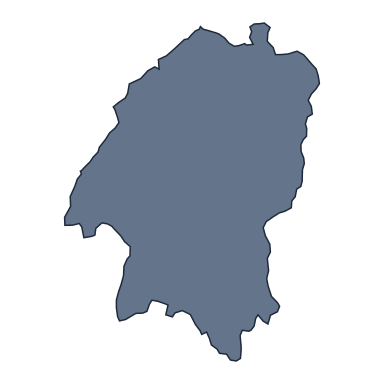 outline of Pachna, Limassol, Cyprus
{"feature_id": "46923920B95512444648748", "entity_name": "Pachna", "entity_type": "district", "adm_level": 2, "iso_a3": "CYP", "parent_name": "Cyprus", "parent_adm1": "Limassol", "projection": "equal_earth", "projection_center": [32.786, 34.766], "detail": "fine", "context": "isolated", "style": "filled", "palette": "slate", "viewbox_px": 384, "rotation_deg": 0, "n_neighbors": 0, "source": "geoboundaries", "source_scale": "gbopen_adm2", "svg_char_len": 2158}
<svg xmlns="http://www.w3.org/2000/svg" viewBox="0 0 384 384"><path d="M80.4,171.1L81.4,174.1L77.3,179.1L74.8,186.5L70.2,196.6L70.6,206.4L64.6,217.3L64.9,225.3L72.4,225.2L79.3,223.5L81.8,227.0L82.9,232.7L83.9,237.7L91.6,236.4L94.9,235.1L95.8,228.4L101.9,222.9L107.5,223.9L111.7,226.1L114.8,229.6L120.8,235.9L124.6,241.7L130.2,246.6L130.0,255.8L127.2,258.9L124.0,266.1L123.5,275.8L121.1,284.5L118.7,291.4L116.4,299.9L116.4,307.7L117.6,316.6L119.5,320.9L125.6,319.5L135.8,313.4L142.7,313.1L146.9,311.4L149.4,304.3L151.9,300.2L157.9,301.3L165.4,303.9L168.0,305.1L165.8,314.8L172.4,316.9L175.0,312.9L182.3,310.6L190.3,314.5L195.5,324.6L200.1,330.7L201.7,334.4L206.6,332.1L209.5,338.6L211.4,345.0L217.1,349.1L219.5,353.3L226.6,354.2L230.4,360.0L236.2,361.0L240.4,358.5L241.1,351.0L241.1,346.2L240.1,335.6L242.3,330.3L248.8,331.2L250.9,330.3L254.1,326.1L255.7,318.4L258.0,314.9L263.2,321.2L267.5,323.7L267.9,324.0L270.5,315.2L277.4,311.8L279.6,306.3L277.4,302.5L271.5,296.5L268.6,287.6L268.0,285.6L266.7,278.4L268.6,270.7L267.3,258.4L270.4,252.0L269.8,244.2L265.3,235.6L263.2,227.6L266.2,221.6L273.0,216.9L279.3,212.9L285.0,211.2L291.3,207.8L291.8,200.9L295.2,196.8L296.7,189.1L300.8,186.5L302.2,181.1L302.3,175.1L302.5,169.5L304.3,163.6L303.7,158.0L301.1,151.5L300.9,144.6L303.3,139.6L306.5,136.2L306.7,128.4L305.4,123.9L307.5,116.9L312.3,114.1L311.3,106.3L308.2,100.3L311.4,94.0L316.1,88.8L319.4,83.6L319.1,81.4L318.2,75.8L316.1,68.9L311.6,64.0L308.2,60.0L303.6,54.8L297.1,51.2L287.9,54.0L280.7,54.6L275.5,54.6L273.2,47.6L267.3,41.4L267.8,32.7L270.1,27.5L266.4,24.7L264.3,23.0L259.8,23.7L254.2,24.0L249.9,26.9L251.7,31.8L249.6,37.3L253.1,44.3L246.7,45.1L244.7,43.6L238.7,45.7L234.3,46.3L228.9,43.1L224.8,38.2L219.1,34.1L216.4,33.0L208.7,30.7L203.2,29.2L200.4,26.6L199.3,29.2L195.4,30.9L191.5,34.8L188.1,38.8L184.3,39.6L174.4,48.9L166.3,55.9L158.4,59.5L159.1,69.1L154.7,66.9L147.9,70.7L140.7,78.6L129.3,83.9L127.7,93.2L125.3,98.0L118.8,102.4L113.3,106.9L115.0,109.9L117.6,117.6L118.9,122.6L115.2,128.0L109.5,133.0L105.7,139.2L99.4,147.2L98.0,152.1L93.2,157.1L90.0,161.9L85.3,166.5L81.3,170.8L80.4,171.1Z" fill="#64748b" stroke="#1e293b" stroke-width="1.5"/></svg>